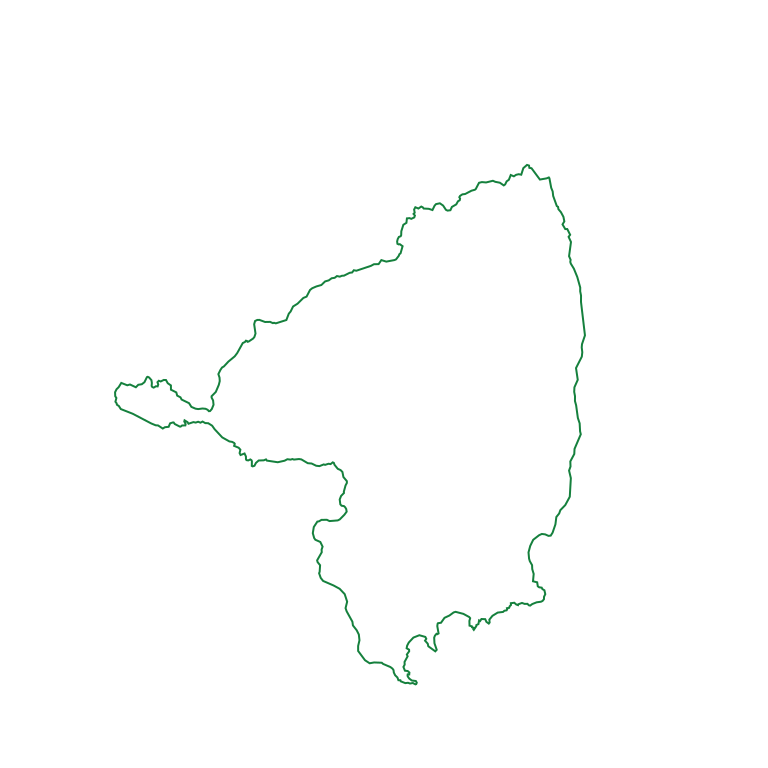 Santa Cruz, Guanacaste, Costa Rica, rotated 206°
{"feature_id": "36466004B7119067190129", "entity_name": "Santa Cruz", "entity_type": "district", "adm_level": 2, "iso_a3": "CRI", "parent_name": "Costa Rica", "parent_adm1": "Guanacaste", "projection": "orthographic", "projection_center": [-85.683, 10.236], "detail": "fine", "context": "isolated", "style": "outline", "palette": "green", "viewbox_px": 768, "rotation_deg": 206, "n_neighbors": 0, "source": "geoboundaries", "source_scale": "gbopen_adm2", "svg_char_len": 6166}
<svg xmlns="http://www.w3.org/2000/svg" viewBox="0 0 768 768"><g transform="rotate(206 384 384)"><path d="M617.6,250.3L615.8,249.4L615.0,248.3L612.7,248.0L609.6,246.1L596.8,247.1L575.9,246.5L571.1,246.8L568.9,247.7L563.3,247.0L562.0,249.1L558.8,251.1L559.0,254.9L557.0,256.8L556.2,257.2L554.5,256.3L548.9,256.2L548.1,256.6L547.3,258.2L544.4,259.7L544.7,261.0L547.1,262.8L547.3,263.9L543.9,263.6L542.3,262.6L538.6,266.2L536.3,266.8L534.5,268.6L532.0,268.8L530.6,270.7L527.5,270.5L524.8,271.7L520.2,271.2L516.4,269.1L506.0,265.1L497.8,264.6L495.1,265.4L492.8,265.3L491.9,264.8L491.6,262.7L486.7,263.0L484.3,262.0L483.5,258.6L481.8,257.3L478.9,260.4L476.3,258.3L475.1,255.9L474.2,255.3L472.5,255.8L471.1,257.6L469.7,257.4L468.9,256.7L466.9,252.4L465.9,252.4L464.6,253.7L464.5,257.0L463.1,260.3L458.6,262.7L457.0,264.5L455.7,263.8L445.2,267.1L439.7,271.5L437.9,274.0L434.8,275.1L433.4,276.4L431.8,276.6L427.5,279.3L425.2,280.0L417.8,279.4L414.2,280.8L409.1,280.8L406.0,281.9L402.9,285.3L401.5,285.5L398.9,288.0L396.9,288.6L395.7,291.1L394.5,291.1L393.1,289.7L388.4,287.5L385.3,287.6L382.8,286.7L379.7,282.6L374.8,280.4L374.0,278.8L374.1,276.0L372.9,269.6L372.2,268.5L373.5,264.6L373.2,260.8L370.5,256.7L368.8,256.0L366.5,256.7L364.9,256.2L363.2,255.1L361.6,252.9L362.3,249.1L364.4,242.9L365.8,241.1L372.9,236.9L375.8,236.9L380.6,234.5L382.3,232.0L383.6,231.1L384.4,224.7L382.6,218.7L379.2,214.9L377.4,213.9L372.0,214.1L367.9,210.9L367.5,207.8L366.2,205.5L366.8,196.2L365.6,194.8L362.0,193.1L359.5,187.0L359.4,185.5L355.9,182.0L352.4,180.3L341.0,180.8L334.1,180.5L327.2,177.9L321.7,172.2L320.3,165.7L317.9,163.3L308.2,156.5L306.1,153.4L300.6,150.7L296.8,147.8L293.7,142.9L292.4,137.2L290.2,132.7L280.0,127.4L274.5,126.7L270.8,129.4L263.8,132.5L262.1,132.0L254.1,132.4L251.6,131.9L250.0,131.0L248.7,129.0L246.3,127.1L243.3,126.1L241.2,124.1L239.4,124.9L238.6,124.1L233.7,124.5L231.4,126.0L229.3,126.2L227.0,127.9L224.1,127.8L223.5,128.4L223.6,129.9L225.2,131.0L229.0,129.7L232.2,130.3L234.5,131.6L235.2,132.6L235.4,133.4L234.0,134.0L234.7,135.8L236.9,136.4L239.5,135.5L242.5,138.2L242.4,140.8L243.7,143.2L243.4,149.6L244.9,150.9L244.2,154.8L245.0,156.2L247.8,156.4L248.5,158.9L248.4,162.5L246.4,169.0L242.1,173.7L236.0,174.8L234.3,173.5L234.6,171.3L230.9,169.8L229.2,167.7L220.7,166.2L220.1,168.2L225.0,173.1L227.7,178.0L227.9,180.1L227.3,182.5L226.4,182.5L225.6,183.7L230.0,189.8L230.7,192.0L230.6,192.7L228.1,194.4L227.1,200.4L223.7,204.6L221.3,209.2L219.8,210.6L211.9,212.2L205.2,211.9L203.9,211.3L203.4,208.5L201.2,204.3L198.8,204.7L198.3,203.9L196.7,204.2L196.3,202.8L195.5,202.4L194.9,206.8L195.3,207.8L193.9,209.6L194.9,213.2L193.7,213.1L193.4,215.5L189.9,217.0L187.7,215.1L184.8,214.6L184.5,215.9L186.0,218.4L184.9,223.2L181.6,228.4L177.1,231.3L176.4,233.0L174.6,234.3L174.5,235.5L175.2,236.4L173.4,237.7L173.6,239.4L173.0,241.0L173.9,242.6L171.0,244.5L168.5,243.8L166.6,244.0L166.7,244.9L164.0,247.7L161.2,248.0L158.7,249.3L156.8,248.6L155.5,248.9L154.3,251.2L151.1,254.7L147.5,257.1L146.4,258.5L145.9,260.7L146.9,262.9L146.9,265.8L149.4,268.9L151.7,269.1L153.0,270.1L155.4,269.3L157.1,269.6L159.4,272.9L163.6,272.0L166.2,278.9L169.6,282.6L171.5,286.1L175.3,288.7L177.1,290.7L180.3,296.0L181.6,302.6L181.6,309.4L178.3,316.1L176.4,318.4L173.2,319.5L169.6,319.6L167.7,320.8L167.3,324.3L168.4,333.0L170.8,340.0L169.8,344.4L170.2,347.9L168.0,354.6L167.6,364.1L174.8,381.3L179.7,387.3L180.2,391.6L182.6,396.1L182.3,404.5L184.3,409.2L185.1,425.1L187.0,427.4L190.9,434.4L194.9,438.5L202.0,449.1L204.9,452.4L207.0,456.8L209.6,460.3L211.4,464.5L211.7,472.7L218.4,482.5L218.2,495.3L219.7,499.5L222.3,503.5L223.5,506.6L224.7,515.8L242.9,544.1L245.7,549.9L248.3,553.3L249.9,556.7L257.2,564.9L263.9,570.9L268.9,574.1L270.1,575.4L270.7,577.4L273.7,580.0L278.2,593.6L282.6,597.2L282.1,599.7L287.2,603.6L289.0,602.7L293.5,605.7L293.2,609.2L296.0,612.9L300.3,616.0L303.9,617.6L305.2,619.5L306.7,619.7L314.4,627.2L316.8,631.0L319.7,633.6L325.5,641.4L326.4,641.9L328.0,640.1L333.5,636.1L346.0,642.6L348.1,642.0L349.4,643.9L351.5,643.6L353.4,639.1L352.4,632.3L354.9,631.6L357.0,629.9L358.3,627.6L361.7,627.4L361.3,622.3L362.6,619.9L362.6,616.5L363.4,615.0L368.1,615.7L372.6,614.5L375.2,614.4L380.6,609.9L384.5,608.4L386.8,606.5L387.0,599.4L387.5,598.4L390.1,596.1L394.4,590.3L396.7,588.8L398.1,586.4L398.2,584.9L396.9,584.0L396.5,582.3L397.6,580.7L397.8,577.1L400.6,572.9L400.5,569.3L402.9,567.7L404.7,567.7L409.1,570.3L413.0,570.9L416.1,568.5L416.7,566.5L416.7,561.6L420.5,561.1L425.3,559.1L426.6,559.8L428.3,559.8L430.0,556.8L433.3,556.6L433.4,554.0L431.5,551.4L432.0,549.8L430.1,549.0L429.8,547.0L431.9,544.4L433.7,544.3L436.0,542.9L434.5,538.7L436.4,535.6L435.4,528.9L433.8,525.3L433.8,524.1L435.1,522.7L435.2,520.3L434.7,517.9L433.4,515.9L432.0,515.9L431.1,516.6L427.7,516.0L426.4,508.7L427.1,507.3L426.9,505.8L427.8,501.3L428.9,500.0L435.6,495.0L440.7,494.2L441.4,489.4L445.6,487.2L447.5,484.5L458.5,473.7L461.0,473.0L461.5,470.3L463.6,468.9L467.5,463.8L469.2,462.9L470.8,461.1L473.6,460.4L474.9,457.8L477.4,456.1L479.1,452.9L481.9,450.4L483.7,445.5L487.5,442.1L490.5,438.6L491.7,436.1L491.9,428.6L494.2,426.0L496.9,418.3L499.7,413.8L499.7,408.2L500.4,405.5L499.8,398.7L507.8,391.1L509.7,390.8L510.5,390.0L513.6,389.9L518.1,387.6L524.1,387.0L526.0,386.0L527.5,384.1L526.9,380.8L521.6,373.0L521.1,369.4L521.6,367.4L524.3,362.8L525.2,362.1L526.0,362.6L527.1,362.4L527.4,360.8L528.9,358.9L529.5,347.4L530.3,343.4L533.7,335.9L535.6,329.6L536.8,327.8L537.2,324.9L537.2,320.3L534.6,317.6L532.9,314.6L532.1,310.8L531.7,303.1L533.6,297.4L533.0,296.2L530.4,294.3L528.1,290.6L527.8,286.0L528.5,283.4L529.5,282.8L531.2,283.5L533.5,283.5L536.4,282.4L540.0,280.0L542.6,279.2L547.1,279.0L550.8,281.3L559.1,281.3L561.1,282.8L564.8,282.9L567.0,285.4L573.0,285.5L574.9,289.3L578.7,289.9L581.7,292.0L583.7,291.1L585.8,288.4L587.8,288.2L588.4,286.3L586.7,284.6L586.4,282.6L588.0,282.0L589.4,279.8L590.9,279.7L592.0,280.4L593.1,283.2L594.7,285.5L598.0,286.9L599.5,286.9L600.1,286.2L600.1,280.6L601.6,277.6L604.5,275.6L605.6,272.3L612.1,272.2L614.2,270.3L620.6,269.8L621.1,264.8L622.1,262.0L622.1,258.7L620.2,255.2L618.4,254.1L617.6,250.3Z" fill="none" stroke="#15803d" stroke-width="2"/></g></svg>